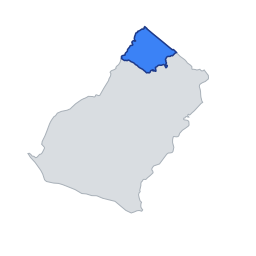 Upper West on a map of Ghana (Mercator projection), rotated 40°
{"feature_id": "GHA-2157", "entity_name": "Upper West", "entity_type": "Region", "adm_level": 1, "iso_a3": "GHA", "parent_name": "Ghana", "parent_adm1": "", "projection": "mercator", "projection_center": [-2.051, 10.34], "detail": "fine", "context": "in_parent", "style": "filled", "palette": "blue", "viewbox_px": 256, "rotation_deg": 40, "n_neighbors": 0, "source": "natural_earth", "source_scale": "10m", "svg_char_len": 5556}
<svg xmlns="http://www.w3.org/2000/svg" viewBox="0 0 256 256"><g transform="rotate(40 128 128)"><path d="M155.7,36.1L157.5,37.9L158.0,38.9L157.3,42.7L155.9,45.4L155.1,47.9L155.2,49.1L156.0,50.4L158.8,52.3L160.3,53.6L162.0,55.5L163.9,57.4L167.3,59.9L168.7,60.3L168.6,61.0L168.2,62.0L167.8,71.1L167.6,73.4L167.3,74.6L167.0,78.0L166.7,78.5L166.0,78.5L165.5,78.6L165.3,79.3L165.6,80.0L167.6,80.5L167.1,81.0L165.6,81.5L164.9,82.5L165.2,83.7L164.4,84.6L164.7,85.2L165.2,85.7L166.0,85.5L168.4,84.0L169.4,83.8L170.6,84.1L172.9,86.5L173.0,87.7L172.0,91.7L171.1,94.8L171.0,98.9L171.9,101.2L171.8,102.5L170.8,103.6L168.4,105.2L168.6,106.3L169.7,108.3L171.6,110.6L175.5,113.3L177.5,117.0L177.5,118.5L176.4,119.9L175.0,121.2L174.5,123.1L175.2,135.3L172.1,140.5L172.1,142.0L172.4,143.8L173.2,144.8L174.7,145.1L176.0,146.2L175.6,149.9L174.9,153.6L174.8,155.5L174.4,156.3L173.2,157.0L172.8,158.2L173.1,159.7L172.9,160.8L173.5,162.2L174.9,163.9L177.1,168.3L178.0,168.6L178.3,169.5L178.1,170.4L179.0,172.4L181.4,174.3L184.0,176.0L186.1,176.2L186.6,177.7L188.0,179.6L189.0,180.5L190.6,181.0L191.9,181.3L192.0,182.9L189.6,184.0L188.0,185.7L186.8,188.2L185.1,191.0L179.3,192.5L177.1,192.5L165.2,192.5L154.0,198.0L147.6,200.0L143.7,203.1L138.4,205.3L134.7,207.9L127.0,209.2L114.3,213.4L110.4,215.1L106.4,218.0L99.9,221.4L97.4,221.3L92.3,218.1L88.4,216.5L79.1,214.1L72.1,213.2L68.7,212.1L67.8,211.9L68.6,210.8L70.5,210.7L72.6,211.1L74.1,210.2L76.4,210.1L77.0,209.2L77.2,206.8L77.2,205.0L78.0,204.2L78.2,202.0L77.0,197.1L76.3,196.5L72.2,195.9L71.9,194.9L71.1,193.9L70.4,191.4L69.5,187.6L68.0,183.0L65.3,175.4L64.6,172.7L64.2,169.9L64.0,166.7L64.6,165.4L64.5,163.7L64.3,162.1L66.2,158.2L70.0,153.4L70.8,151.7L71.5,150.5L71.6,148.8L72.3,143.2L74.1,136.5L75.2,134.0L76.0,132.6L76.9,130.4L77.2,129.3L80.6,126.7L82.2,126.0L82.6,124.9L82.1,123.8L82.3,123.0L83.1,122.6L84.4,122.3L85.4,121.2L83.9,113.0L82.7,104.7L82.6,104.0L81.9,102.8L81.2,99.4L80.0,97.4L78.4,96.8L78.4,94.9L80.1,91.8L80.5,89.9L79.7,89.3L79.6,87.9L80.1,85.5L79.9,84.1L79.6,82.5L77.8,78.9L77.4,76.3L78.3,74.8L78.3,71.5L77.3,66.4L77.2,63.2L77.8,61.9L77.5,60.6L76.3,59.4L76.2,58.2L77.2,57.1L77.1,56.2L75.8,55.5L74.6,54.0L73.5,51.5L73.8,47.5L75.7,40.2L76.0,39.6L78.2,39.6L78.3,39.9L85.3,39.9L93.3,39.8L102.8,39.7L111.5,39.6L111.9,39.3L113.3,38.9L122.1,39.6L127.6,39.2L129.9,39.5L131.6,40.0L135.4,39.7L137.4,39.9L139.0,41.7L139.6,41.7L140.4,40.9L141.9,40.0L143.5,39.3L144.6,37.9L145.3,36.8L146.3,37.0L147.7,36.9L148.7,36.0L149.0,34.6L155.7,36.1Z" fill="#d9dde1" stroke="#a8b0b8" stroke-width="1"/><path d="M112.6,38.7L116.2,38.9L116.6,39.0L116.0,40.3L115.9,40.8L115.9,41.3L115.9,41.7L115.8,41.9L115.7,42.2L115.7,42.3L115.7,42.5L115.8,42.7L115.7,43.9L115.6,44.1L115.3,44.2L115.2,44.3L114.7,44.7L114.5,45.0L114.4,45.3L114.4,45.7L114.4,45.8L114.3,46.0L113.9,46.3L113.5,46.8L113.4,46.9L113.1,47.1L112.9,47.2L112.7,47.3L112.5,47.6L112.4,47.9L112.3,48.1L112.1,49.0L112.2,49.4L112.3,49.7L112.3,49.9L112.5,50.9L112.5,51.1L112.7,51.3L112.8,51.6L113.0,51.8L113.3,51.9L113.5,51.9L113.7,52.0L113.8,52.2L113.9,52.3L113.9,52.5L114.0,52.6L114.3,52.7L114.4,52.8L114.5,52.9L114.6,53.0L115.1,53.1L115.6,53.4L115.7,53.5L115.8,53.7L115.8,53.9L115.7,54.1L115.8,54.3L115.8,54.6L116.0,54.9L116.2,55.0L116.5,55.2L116.8,55.4L116.8,55.5L117.0,55.4L117.4,55.0L117.5,55.0L117.6,54.9L117.8,54.9L118.1,55.1L118.3,55.5L118.5,56.0L118.5,56.6L118.5,57.1L118.3,57.4L117.3,57.1L116.3,56.6L115.7,56.3L115.3,56.3L115.1,56.3L114.9,56.3L114.7,56.4L114.5,56.5L114.4,56.5L114.0,57.1L113.5,58.1L113.3,58.4L112.9,58.8L111.7,59.6L111.4,60.0L111.1,60.4L110.9,60.7L110.9,60.9L110.8,61.2L110.7,62.3L110.7,62.5L110.2,63.6L110.1,63.8L110.1,64.0L110.3,64.2L112.5,66.1L112.7,66.4L112.8,66.6L112.7,66.8L112.3,67.0L111.9,67.2L111.7,67.2L111.3,67.2L111.0,67.1L110.9,67.1L110.6,67.1L110.3,67.2L110.1,67.3L110.6,67.5L110.8,67.7L110.8,68.0L110.7,68.1L110.4,68.2L110.2,68.1L109.9,68.1L109.5,68.3L109.3,68.4L109.1,68.5L108.9,68.6L108.8,68.9L108.7,69.2L108.6,69.4L108.7,69.9L108.7,70.0L108.7,70.3L109.0,70.7L109.0,70.8L109.0,71.0L109.0,71.4L108.9,71.7L108.8,72.1L108.7,72.3L107.8,72.6L107.5,72.8L107.4,73.1L107.1,73.5L106.8,73.8L106.1,73.8L104.5,73.6L104.4,73.6L103.9,73.7L103.5,73.7L101.7,73.6L97.9,74.4L96.8,74.4L96.1,74.4L95.8,74.3L95.0,74.2L94.6,74.2L94.3,74.3L93.3,74.5L93.2,74.6L90.6,74.4L90.4,74.4L87.8,75.2L87.4,75.3L86.0,75.3L85.5,75.4L85.1,75.5L84.9,75.6L84.7,75.7L84.6,75.8L84.4,76.0L84.2,76.7L84.0,77.0L83.9,77.1L83.7,77.2L83.2,77.3L82.8,77.5L82.7,77.6L82.6,77.9L82.4,78.1L82.2,78.3L82.0,78.5L81.8,78.6L78.5,79.0L78.3,78.9L78.2,78.6L78.1,78.3L78.0,78.1L77.7,78.0L77.4,78.0L77.2,77.7L77.0,77.1L77.1,76.5L77.6,75.5L78.6,74.4L78.8,74.1L78.7,73.8L78.0,72.7L77.9,71.9L78.1,70.6L78.2,69.9L78.0,69.3L77.3,68.3L77.2,67.7L77.2,66.2L77.2,65.2L76.9,63.9L76.9,63.3L77.3,62.7L77.9,62.3L78.1,62.0L78.2,61.6L78.2,61.2L77.9,61.0L77.6,60.8L77.3,60.7L77.1,60.7L76.9,60.6L76.8,60.3L76.7,60.1L76.2,60.0L75.9,59.9L75.7,59.4L75.7,58.8L75.8,58.2L76.0,57.8L76.2,57.5L76.4,57.3L76.7,57.2L77.1,57.2L77.4,57.1L77.7,56.8L77.8,56.5L77.7,56.4L77.0,56.4L76.5,56.3L76.2,56.1L75.1,55.2L74.9,54.9L74.8,54.3L74.7,54.1L74.4,53.8L74.2,53.6L74.1,53.3L74.1,52.7L74.0,52.4L73.2,50.8L73.0,50.3L73.1,50.0L73.5,49.3L73.7,48.8L73.8,48.7L73.8,48.4L73.7,48.2L73.4,48.2L73.3,47.7L73.7,47.2L73.9,47.0L74.0,46.3L74.5,45.5L74.8,44.1L75.0,43.5L75.4,43.1L75.9,42.7L76.2,42.3L76.4,41.6L76.2,41.0L75.9,40.5L75.7,40.0L75.8,39.8L75.8,39.6L78.3,39.6L78.3,39.9L78.9,39.9L81.6,39.9L87.3,39.9L94.2,39.8L100.7,39.7L107.1,39.7L111.5,39.6L111.9,39.4L112.1,38.9L112.6,38.7Z" fill="#3b82f6" stroke="#1e3a8a" stroke-width="1.5"/></g></svg>